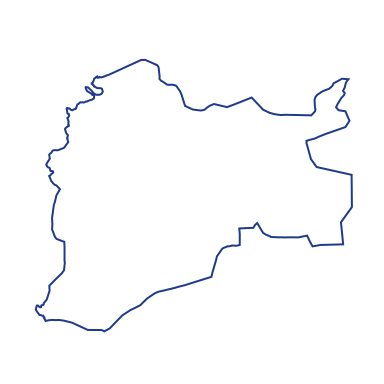 the district of Bukkuyum, Zamfara, Nigeria, rotated 87°
{"feature_id": "59680162B43558777101724", "entity_name": "Bukkuyum", "entity_type": "district", "adm_level": 2, "iso_a3": "NGA", "parent_name": "Nigeria", "parent_adm1": "Zamfara", "projection": "natural_earth1", "projection_center": [5.481, 11.985], "detail": "fine", "context": "isolated", "style": "outline", "palette": "blue", "viewbox_px": 384, "rotation_deg": 87, "n_neighbors": 0, "source": "geoboundaries", "source_scale": "gbopen_adm2", "svg_char_len": 5543}
<svg xmlns="http://www.w3.org/2000/svg" viewBox="0 0 384 384"><g transform="rotate(87 192 192)"><path d="M252.2,43.8L230.0,44.8L215.4,33.1L183.2,31.7L173.6,66.2L165.4,71.5L158.5,73.0L149.1,75.1L146.8,75.0L146.7,74.2L145.9,70.8L145.1,66.8L144.0,63.9L142.9,61.1L142.5,59.8L141.1,55.7L135.2,35.4L129.1,31.0L119.4,34.6L118.0,41.4L114.9,43.7L113.2,42.8L111.6,41.9L105.8,37.8L103.0,35.0L101.2,34.3L98.9,35.9L95.8,34.1L91.3,32.7L89.7,31.8L87.6,29.9L86.7,36.2L89.5,41.9L90.8,44.9L92.1,45.5L93.5,46.4L94.8,48.0L96.2,49.9L97.3,53.7L98.6,57.0L101.3,61.5L103.5,63.7L106.4,64.8L110.1,64.8L113.4,64.8L115.7,64.4L118.0,65.0L121.7,68.9L119.8,94.2L119.8,96.5L119.8,99.4L119.3,102.1L119.0,103.5L118.5,105.9L118.3,106.4L117.0,110.3L113.6,116.6L100.8,127.5L105.4,141.1L106.4,144.2L109.1,152.5L105.3,165.4L106.6,169.3L108.4,172.5L110.5,175.2L111.1,178.8L109.7,186.8L105.7,194.4L94.1,197.4L90.9,198.6L85.4,202.0L84.4,203.8L83.8,206.1L83.8,209.1L83.4,211.4L81.0,214.4L79.0,217.4L77.1,218.6L75.0,218.3L67.9,218.7L65.5,218.9L63.6,220.0L57.7,231.6L57.4,235.7L70.8,269.5L70.9,270.6L71.4,271.9L71.8,273.0L72.5,275.0L72.7,275.9L72.7,277.4L72.5,278.0L72.2,278.3L72.3,278.6L72.5,278.6L72.8,278.8L72.7,279.4L73.0,279.8L73.0,280.4L72.4,280.7L71.7,280.8L72.2,281.8L72.8,282.3L73.3,283.0L73.5,283.6L74.0,283.9L74.6,284.0L75.4,284.3L76.4,284.9L77.1,285.1L77.5,285.4L77.8,286.0L78.1,286.5L78.7,286.5L79.2,285.6L80.0,285.2L80.5,284.4L81.4,284.4L81.6,284.2L81.6,283.9L81.6,283.6L82.3,282.9L82.5,282.4L82.7,282.1L82.9,281.6L83.0,281.5L83.2,281.4L83.3,280.8L83.4,279.3L83.7,277.3L83.8,277.1L84.2,276.5L84.8,276.4L85.9,276.1L86.8,275.8L87.8,276.2L89.1,277.1L89.8,278.5L90.1,279.7L90.0,281.0L89.8,282.8L89.5,283.1L89.0,284.0L88.1,285.2L87.0,285.9L86.3,286.4L85.3,287.2L84.5,288.1L83.5,289.0L82.8,289.6L82.1,290.3L82.1,290.6L82.0,291.1L81.7,292.2L81.7,292.6L82.2,292.8L82.5,292.6L83.2,292.6L84.0,292.2L85.1,291.8L85.8,291.4L86.6,290.2L87.0,289.7L87.5,288.9L88.1,288.1L88.4,287.4L88.9,287.0L89.5,286.7L89.9,286.3L89.9,285.8L89.9,285.6L90.4,284.9L90.8,284.7L91.9,284.8L93.1,284.9L93.7,285.3L94.0,286.1L94.5,286.9L94.8,288.2L95.1,289.5L95.6,290.8L95.7,291.4L96.2,292.3L96.2,293.6L96.7,294.4L96.9,295.2L96.9,295.9L96.6,296.6L96.8,297.2L96.8,297.8L96.6,298.8L96.9,299.5L97.7,300.2L98.2,300.9L98.5,301.8L99.2,302.2L101.1,302.9L101.3,303.0L101.6,303.0L101.9,303.3L102.1,303.5L102.5,303.5L102.8,303.8L103.0,303.9L103.0,304.1L103.0,304.4L103.0,304.6L103.2,304.9L103.3,305.3L103.5,306.1L103.7,306.6L104.0,306.9L104.1,307.1L103.8,308.2L103.7,308.4L103.2,309.1L102.9,309.2L102.7,309.3L102.4,309.7L102.2,310.1L102.2,310.5L102.1,310.9L101.9,311.5L101.7,311.9L101.7,312.0L101.6,312.4L101.9,312.8L102.5,312.8L103.0,312.8L103.7,312.6L105.7,312.4L106.3,312.4L106.5,312.4L107.2,312.1L107.3,311.9L107.5,311.6L107.6,311.3L107.7,310.9L107.9,310.8L108.2,310.8L108.4,310.8L108.7,310.7L109.0,310.6L109.3,310.7L109.5,310.8L109.8,310.9L110.6,311.4L111.6,312.6L115.2,311.5L115.5,311.6L116.0,311.8L116.4,311.9L116.6,311.8L116.9,311.9L117.2,311.9L117.5,311.8L117.7,311.7L118.0,311.8L118.2,312.0L118.3,312.1L118.5,312.1L119.1,311.5L119.4,311.6L119.6,311.6L120.1,312.7L120.4,313.2L121.2,314.5L122.1,315.4L122.5,315.5L122.9,315.5L123.2,315.3L123.6,315.2L124.3,315.1L124.6,315.1L124.9,315.1L125.5,314.9L126.4,314.5L127.3,314.2L127.6,313.8L128.0,313.5L128.2,313.2L128.4,313.2L128.6,313.2L128.8,313.1L129.0,313.0L129.4,313.1L129.6,313.2L129.8,313.3L130.3,313.4L130.6,313.5L131.0,313.6L131.3,313.8L131.6,313.9L131.7,313.6L131.9,313.5L133.0,313.6L134.3,313.3L135.8,313.0L136.8,313.8L137.8,314.8L139.0,315.7L141.0,317.3L141.8,319.0L142.3,320.9L143.3,323.7L143.2,324.9L143.0,326.4L143.2,328.6L143.8,329.4L144.4,329.8L145.4,330.3L146.1,331.4L146.6,332.1L147.4,332.7L148.7,332.5L150.4,332.4L151.2,332.2L155.9,335.6L157.2,336.1L158.3,335.5L159.1,335.2L159.8,334.5L160.2,333.5L160.4,333.0L161.8,332.6L163.4,332.3L163.5,332.2L163.9,330.2L164.0,329.8L165.1,329.6L165.9,330.2L166.5,331.4L167.9,332.6L168.5,333.8L173.8,331.9L173.9,331.7L175.7,330.5L177.5,328.9L178.2,327.5L178.4,327.0L182.3,323.7L188.3,327.6L194.3,329.3L197.6,330.6L210.5,333.1L213.0,333.1L218.1,333.2L221.9,333.7L229.9,331.1L231.8,329.7L234.9,322.6L235.1,322.1L241.0,322.2L254.2,322.9L256.0,322.7L263.4,323.9L266.2,326.1L271.8,332.5L278.1,339.4L283.2,339.4L291.8,342.7L295.4,346.0L296.4,346.0L297.1,346.5L297.2,348.1L297.9,348.7L299.0,348.8L299.2,349.7L298.8,350.4L297.3,351.8L297.3,352.8L298.6,353.4L301.1,354.1L302.5,353.6L304.4,352.3L306.8,350.8L307.2,348.9L307.8,347.8L307.8,347.1L308.7,347.0L309.3,346.1L309.8,345.9L310.2,346.1L310.4,346.3L310.7,346.1L311.0,345.8L311.3,345.6L311.6,345.6L311.9,345.3L312.3,345.1L312.6,345.2L313.1,345.0L312.5,341.2L312.4,338.1L312.8,334.9L312.8,331.7L313.7,326.9L316.2,318.7L324.3,303.3L325.1,289.4L326.6,286.9L324.0,281.4L311.7,268.2L306.7,259.7L304.8,255.1L302.2,249.3L300.4,247.4L296.0,242.4L291.3,234.7L289.9,231.1L289.0,225.9L286.9,214.5L285.8,209.8L284.6,203.6L283.6,199.9L280.0,185.9L279.9,185.5L277.8,177.1L272.0,175.3L261.5,171.6L257.6,170.5L253.5,167.3L251.2,165.6L250.9,165.4L249.6,163.8L248.6,160.5L248.4,160.2L248.1,159.4L248.1,158.8L248.2,157.9L248.1,157.5L248.0,156.7L247.8,156.0L247.8,155.4L247.5,154.9L247.6,154.3L247.7,153.6L247.7,152.7L247.9,151.5L248.0,150.6L247.9,149.6L247.6,148.1L247.4,147.1L236.3,146.5L230.9,146.7L230.9,140.0L231.0,132.6L228.5,131.0L226.4,128.5L232.4,125.4L236.6,123.1L238.4,120.5L240.5,116.0L241.1,115.4L241.9,106.5L242.2,101.1L242.5,94.7L242.9,88.1L242.3,84.3L241.6,79.3L247.8,76.8L252.6,74.4L251.6,66.3L251.8,59.1L252.2,43.8Z" fill="none" stroke="#1e3a8a" stroke-width="2"/></g></svg>